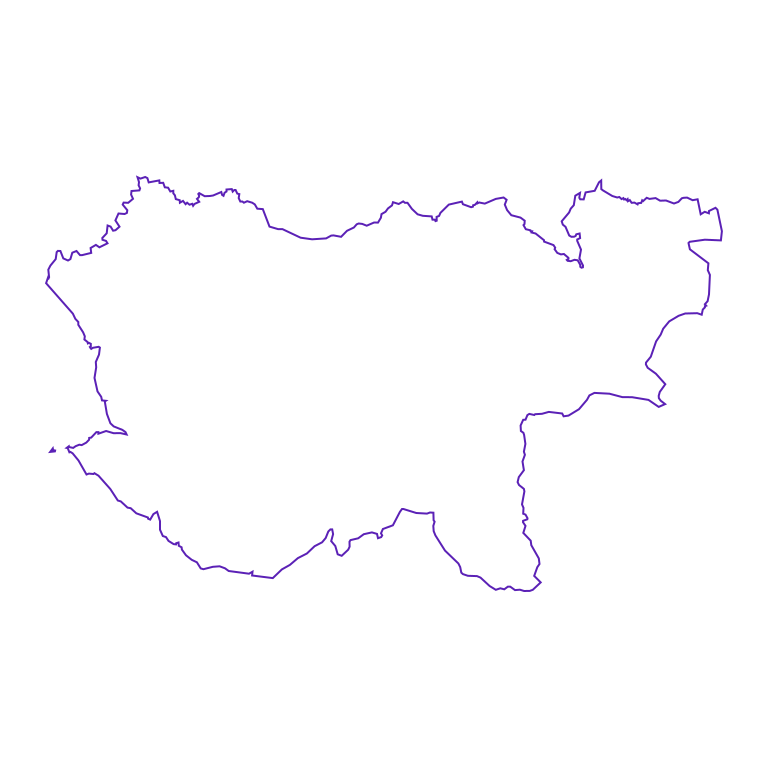 outline of Moyamba, Southern, Sierra Leone
{"feature_id": "65957751B35726846399821", "entity_name": "Moyamba", "entity_type": "district", "adm_level": 2, "iso_a3": "SLE", "parent_name": "Sierra Leone", "parent_adm1": "Southern", "projection": "orthographic", "projection_center": [-12.482, 8.03], "detail": "fine", "context": "isolated", "style": "outline", "palette": "violet", "viewbox_px": 768, "rotation_deg": 0, "n_neighbors": 0, "source": "geoboundaries", "source_scale": "gbopen_adm2", "svg_char_len": 6029}
<svg xmlns="http://www.w3.org/2000/svg" viewBox="0 0 768 768"><path d="M80.0,255.1L76.5,251.0L72.3,252.7L70.4,259.1L68.0,260.5L63.3,258.4L60.4,251.0L57.9,250.9L56.7,252.1L55.7,259.1L50.4,265.6L48.3,269.7L49.1,277.2L48.7,278.1L48.1,277.3L46.1,283.2L72.9,313.7L75.3,318.8L78.3,322.0L78.3,324.8L83.1,332.3L84.8,336.3L84.4,339.5L87.4,341.9L87.9,343.4L88.8,342.8L90.8,343.8L90.8,346.5L89.9,347.0L90.6,348.2L91.2,348.9L92.9,347.8L98.7,346.8L99.9,347.6L99.0,354.6L95.8,362.0L96.2,367.3L94.5,377.9L97.5,391.4L101.2,396.8L102.0,400.4L105.8,400.8L104.8,401.5L106.9,413.9L110.4,423.3L113.7,426.4L122.4,429.9L125.5,432.1L126.6,434.5L120.4,433.1L113.6,433.2L106.1,431.0L98.4,433.7L98.4,432.1L96.4,432.1L91.2,437.6L89.2,437.9L89.1,439.7L86.3,442.6L81.7,445.1L79.3,444.7L75.6,446.2L73.2,447.9L68.9,447.0L68.8,446.3L66.7,447.9L67.7,448.1L69.4,452.3L70.4,451.9L72.6,453.3L78.5,460.5L86.5,474.5L88.9,473.6L93.5,474.0L94.4,473.2L98.5,475.7L110.3,489.0L117.8,500.5L120.8,501.4L127.5,507.6L130.7,508.2L136.3,513.3L147.9,517.5L148.1,518.7L150.2,519.6L153.4,514.1L157.1,511.8L160.0,521.1L160.0,529.7L162.8,536.0L166.0,537.1L168.5,540.9L173.6,544.1L176.0,544.4L176.2,543.2L178.5,542.5L178.8,545.8L181.6,547.3L181.9,549.6L186.0,555.3L191.7,559.8L196.9,562.3L200.7,568.4L203.4,569.2L212.9,566.8L219.6,566.3L225.0,568.3L228.7,571.0L249.0,573.7L252.5,571.7L252.1,575.5L272.8,578.1L281.9,569.4L289.9,564.9L297.9,558.1L306.9,553.5L314.6,546.2L322.1,542.3L325.7,538.0L328.3,531.5L330.4,529.4L332.2,529.4L333.1,534.1L331.2,541.1L335.3,546.0L337.7,554.3L341.7,555.8L348.2,549.7L349.6,546.7L349.5,541.7L350.5,540.1L358.2,538.3L363.8,534.2L371.9,532.4L377.0,533.9L378.0,538.2L381.2,537.1L382.2,535.4L381.0,533.3L382.9,529.0L392.9,525.3L399.9,511.9L402.0,509.0L403.4,509.0L416.3,513.0L427.0,513.6L430.0,512.5L433.4,512.7L433.6,520.2L434.6,521.7L433.3,525.9L433.7,531.2L435.4,535.4L445.0,550.6L458.4,563.5L460.2,567.1L461.3,572.6L462.9,574.1L467.9,575.8L477.0,576.1L480.5,577.6L489.6,586.0L495.8,589.8L500.3,588.3L504.3,589.3L507.8,586.7L510.3,586.7L515.0,590.1L519.9,589.7L524.1,591.0L529.8,590.9L532.8,589.8L540.7,582.4L534.2,575.9L537.3,567.2L539.5,564.0L538.8,558.4L531.3,545.2L530.7,540.7L523.3,532.9L525.5,525.9L523.0,522.2L523.1,520.8L527.3,519.3L527.5,518.2L525.5,514.6L523.2,513.7L523.5,507.9L522.0,504.4L524.4,491.4L523.9,488.9L519.0,485.0L517.6,482.1L518.8,477.1L523.9,470.2L522.5,461.5L524.9,454.8L523.9,451.7L525.4,443.9L524.1,434.9L523.4,432.8L520.9,431.0L520.6,425.5L523.2,419.8L525.5,419.7L527.4,415.1L529.3,413.9L534.3,415.0L535.1,414.2L542.0,413.8L548.8,411.9L562.2,413.5L563.6,416.3L568.5,415.6L579.0,409.2L587.0,399.8L589.4,395.4L594.4,392.9L609.4,393.7L622.3,397.1L632.1,397.2L648.5,399.9L658.7,406.9L665.1,404.1L660.7,400.7L658.9,398.2L658.7,395.9L659.8,391.9L665.3,384.2L655.9,373.7L647.7,367.8L645.9,364.4L646.0,362.6L650.8,356.7L656.1,341.4L660.7,334.6L663.2,328.7L669.2,321.4L678.6,315.8L685.2,313.5L697.3,313.2L701.7,314.7L702.8,309.5L704.9,307.4L704.9,306.2L706.2,305.7L704.9,304.2L707.6,301.2L709.0,294.4L709.9,274.9L707.8,270.2L708.4,263.3L689.9,249.3L688.5,243.0L689.7,241.8L704.9,239.7L720.9,240.4L721.9,231.2L717.4,209.7L715.5,207.8L709.0,211.0L708.9,213.3L704.7,211.8L700.7,214.3L697.6,199.3L692.6,200.2L687.1,197.6L683.6,197.8L681.8,198.3L678.4,201.9L674.0,203.5L666.0,200.5L660.1,200.7L655.6,198.1L649.5,198.9L646.7,197.8L643.1,201.1L642.2,200.3L641.2,202.9L638.1,203.2L637.6,204.4L634.5,202.6L631.6,202.8L629.8,200.1L628.0,201.2L627.6,199.1L626.5,200.2L625.3,199.0L624.1,199.5L623.4,198.1L621.6,199.1L619.3,197.0L617.2,197.5L612.3,196.0L602.8,190.3L601.3,189.1L601.2,180.5L599.0,182.3L594.7,190.8L585.6,192.4L583.7,199.4L580.2,199.3L579.3,197.8L580.0,192.9L575.3,195.7L573.8,205.2L570.7,208.7L569.1,212.5L561.7,221.3L562.8,224.6L565.5,226.8L569.2,235.5L571.4,236.8L574.1,236.7L575.6,236.0L576.3,234.3L579.6,233.5L580.1,238.1L577.2,239.5L577.2,240.8L581.0,249.6L579.4,258.4L583.0,265.5L582.9,267.3L581.5,267.7L580.3,266.8L580.2,264.8L577.7,260.3L574.5,259.8L570.7,261.2L567.6,260.8L566.8,259.9L568.5,258.8L568.4,257.8L563.9,254.0L560.9,254.4L557.3,252.9L554.6,249.2L555.2,247.7L553.5,245.1L544.1,241.6L544.0,240.2L535.6,233.5L531.6,232.5L532.1,231.3L530.6,231.2L530.4,230.3L525.8,229.2L523.5,225.1L524.5,224.0L524.7,220.7L520.5,217.6L511.3,215.2L507.1,210.1L504.8,204.6L506.6,199.8L503.6,197.5L495.8,198.9L484.8,203.6L479.2,202.5L477.4,203.4L477.2,202.4L474.7,205.0L473.2,205.2L472.9,206.7L471.1,207.2L462.9,204.2L461.9,201.6L448.8,204.6L440.4,212.9L439.1,215.9L436.6,216.9L436.7,220.7L435.5,221.1L434.8,219.7L432.5,219.7L431.7,216.4L422.8,215.8L417.6,214.3L411.9,208.9L407.5,202.8L404.9,202.8L403.2,201.4L398.7,204.0L393.0,202.2L392.0,205.4L388.0,208.4L385.5,211.8L381.5,214.1L380.9,217.7L378.0,222.6L374.1,222.5L366.7,225.7L362.2,223.9L358.7,223.5L356.7,224.3L353.9,227.5L347.0,230.8L341.1,236.8L333.5,235.4L331.2,235.6L326.1,238.4L312.1,239.3L300.6,237.7L282.4,229.1L278.0,229.1L269.5,226.6L262.8,209.1L257.3,208.7L254.8,204.4L252.2,202.7L247.2,201.2L243.9,202.7L242.4,201.5L240.3,201.5L238.7,198.1L239.3,194.1L237.3,193.6L235.6,190.0L234.3,190.0L232.7,191.6L231.8,189.1L226.5,189.5L226.5,191.5L224.6,192.7L223.5,195.8L222.1,194.9L221.3,192.0L213.1,195.5L209.8,196.0L204.7,196.2L199.2,193.1L198.3,194.0L199.2,195.8L198.8,197.3L197.0,198.9L199.2,201.8L194.4,204.0L193.1,205.8L192.2,203.8L189.5,204.7L187.1,202.7L185.6,204.2L183.0,200.9L179.9,202.7L179.7,200.2L175.8,199.1L174.9,195.3L173.3,193.3L173.3,190.8L170.3,191.5L168.1,187.7L164.8,187.3L163.2,182.8L159.5,183.0L159.3,180.4L148.7,182.4L147.4,178.1L145.2,177.0L140.5,178.6L137.5,177.2L139.0,182.1L138.6,185.3L140.1,188.4L139.4,190.4L131.5,191.0L131.1,194.6L133.0,198.8L128.2,202.8L123.6,202.6L122.7,204.6L127.3,210.2L126.9,212.9L124.6,214.0L118.5,213.5L115.4,220.4L119.5,226.7L115.5,230.2L113.1,230.7L110.6,226.6L107.6,225.5L106.7,233.3L102.3,238.0L102.5,239.8L106.0,240.9L107.5,243.3L99.4,247.3L95.9,244.9L90.6,248.0L91.2,252.9L82.2,255.1L80.0,255.1ZM53.1,450.1L52.8,448.4L50.2,451.9L54.9,451.4L55.1,450.5L53.1,450.1Z" fill="none" stroke="#5b21b6" stroke-width="2"/></svg>